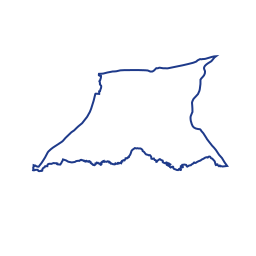 the district of Na Tan, Ubon Ratchathani, Thailand, rotated 347°
{"feature_id": "78962969B76550243021032", "entity_name": "Na Tan", "entity_type": "district", "adm_level": 2, "iso_a3": "THA", "parent_name": "Thailand", "parent_adm1": "Ubon Ratchathani", "projection": "orthographic", "projection_center": [105.251, 15.929], "detail": "fine", "context": "isolated", "style": "outline", "palette": "blue", "viewbox_px": 256, "rotation_deg": 347, "n_neighbors": 0, "source": "geoboundaries", "source_scale": "gbopen_adm2", "svg_char_len": 5845}
<svg xmlns="http://www.w3.org/2000/svg" viewBox="0 0 256 256"><g transform="rotate(347 128 128)"><path d="M122.1,156.6L122.5,156.4L122.8,155.6L123.7,154.9L124.2,154.4L125.1,153.1L126.2,151.2L127.3,150.3L130.2,149.1L131.5,149.8L132.6,149.8L133.6,150.3L135.4,150.7L135.9,151.0L137.0,152.3L137.1,152.6L137.1,153.8L138.0,154.6L138.6,155.6L139.0,156.7L139.8,157.9L141.3,158.6L142.1,159.3L143.1,159.3L143.4,159.5L144.1,161.1L143.9,163.1L144.3,163.4L144.8,163.6L146.0,163.5L146.3,163.5L146.8,165.2L147.6,165.5L147.9,165.9L148.0,167.4L148.5,167.4L149.5,166.4L150.8,166.0L151.4,165.6L151.9,165.5L152.3,165.7L153.2,166.8L154.4,167.5L154.5,168.2L154.2,169.0L154.5,169.5L156.0,170.6L156.7,170.6L157.5,170.2L157.9,170.3L158.1,170.5L158.3,170.8L158.2,171.1L157.4,172.0L157.4,172.4L157.6,172.8L157.9,173.0L158.2,172.9L159.0,171.9L159.6,171.5L159.9,171.7L160.1,172.2L160.9,172.8L161.1,173.0L160.9,173.2L160.6,173.4L159.4,173.4L159.1,173.5L159.0,174.0L159.8,174.4L160.1,175.4L160.7,176.1L162.1,175.7L162.8,175.7L163.1,175.8L163.3,176.2L163.1,176.9L163.2,177.4L163.5,178.0L163.8,178.3L165.1,179.1L166.0,179.8L167.3,180.3L167.9,180.0L168.3,179.5L168.8,179.4L169.2,179.7L169.5,180.7L169.8,180.8L170.0,180.8L170.2,180.6L170.3,180.2L170.0,179.4L169.9,179.0L170.6,178.3L170.9,177.1L171.3,177.0L171.6,177.3L171.7,177.7L171.5,178.4L171.6,178.5L172.4,178.6L172.7,178.4L172.5,176.4L172.6,176.1L174.7,176.3L176.3,177.0L176.5,177.3L176.5,178.1L176.9,178.9L177.1,179.0L179.0,178.3L180.9,178.4L181.8,177.8L183.3,177.4L184.5,176.5L184.8,176.5L185.3,177.1L186.1,177.2L188.0,176.5L190.1,176.1L191.3,176.0L192.8,175.3L194.8,174.9L195.7,174.5L196.8,174.2L198.4,174.2L198.9,174.7L199.2,174.7L200.1,174.1L200.8,174.1L201.3,174.3L201.6,174.6L202.1,176.0L202.5,176.4L203.0,176.6L203.5,177.3L204.9,179.8L205.0,180.2L205.1,183.2L205.3,183.9L205.7,183.9L206.4,183.4L206.7,183.4L206.9,183.5L206.9,184.3L207.3,184.6L208.0,185.6L208.9,185.2L209.1,185.3L209.1,185.9L209.3,186.1L210.4,186.2L211.5,186.8L216.1,187.3L214.4,183.3L212.8,178.4L210.7,174.6L208.7,169.2L207.3,166.4L206.0,164.2L203.7,159.3L202.4,156.4L202.2,155.6L200.2,150.0L198.8,147.4L198.4,146.2L198.1,145.7L197.8,145.4L195.9,144.7L193.9,143.7L192.4,142.4L191.5,140.9L191.0,138.6L190.9,136.8L190.8,135.3L190.9,134.0L191.2,132.1L191.7,130.7L193.9,127.5L194.4,126.9L195.1,123.7L195.7,120.1L196.0,118.0L196.2,117.4L196.8,116.4L197.7,115.2L198.5,114.3L203.8,110.7L205.9,107.9L206.7,106.3L208.5,101.4L209.5,97.2L210.6,96.2L212.5,94.9L213.9,93.8L215.1,92.2L215.7,90.5L215.8,89.9L215.5,87.9L215.5,86.7L216.0,85.8L217.0,84.7L218.7,83.7L220.6,82.9L223.9,81.8L224.8,81.3L228.1,78.7L229.9,77.9L228.0,77.6L225.7,77.6L219.2,78.0L217.7,77.9L216.1,77.6L215.2,77.6L213.7,77.1L211.2,77.7L210.5,78.0L209.8,78.5L209.0,78.7L207.7,78.9L205.9,79.1L200.7,79.2L195.3,79.2L180.1,78.8L175.4,77.6L172.5,76.4L172.0,76.3L170.5,76.5L169.0,76.1L166.5,77.7L165.6,78.1L164.6,78.4L164.2,78.4L162.4,78.0L160.2,76.4L157.7,75.6L150.8,73.8L137.5,70.8L133.5,70.1L129.4,70.1L127.3,69.8L126.0,69.5L120.3,69.3L116.2,69.4L114.7,69.2L111.9,68.7L111.6,69.4L111.5,70.1L112.0,70.4L112.5,71.0L113.4,71.2L113.4,71.4L112.9,72.9L111.5,75.4L111.1,75.4L110.6,76.1L110.8,76.8L110.8,78.2L110.5,78.7L110.5,79.1L110.8,79.9L111.3,80.7L111.3,81.1L111.2,81.7L110.7,83.0L109.9,84.1L109.0,85.8L108.1,85.8L107.9,87.3L107.6,88.3L104.7,87.4L104.1,87.3L103.8,87.5L100.6,93.8L96.5,100.8L94.5,103.7L90.7,107.9L84.4,113.0L80.0,115.2L77.9,116.4L75.0,118.2L71.9,119.4L65.0,123.5L61.7,125.9L60.3,126.6L50.5,130.2L48.1,131.3L45.3,132.9L44.4,133.6L40.6,138.0L37.8,140.8L35.7,142.8L32.2,145.6L31.6,145.5L30.1,144.7L29.2,143.7L28.8,143.7L28.0,143.2L28.0,143.4L27.7,143.4L27.8,143.8L27.6,144.1L27.7,144.3L27.2,144.5L26.8,145.0L26.7,145.5L26.8,146.0L26.7,146.4L26.4,146.7L26.3,147.5L26.1,147.8L26.8,148.1L28.7,148.0L30.6,148.4L30.8,149.2L31.3,149.9L32.4,150.2L32.9,150.1L34.1,150.4L34.3,150.0L34.9,150.1L35.4,148.8L36.4,147.9L37.4,147.5L37.8,147.6L38.7,146.6L40.8,147.1L41.2,146.0L41.7,145.4L43.1,145.1L45.3,145.7L47.5,145.4L49.2,146.0L50.1,146.1L51.1,146.6L50.8,147.3L51.0,147.5L53.7,148.4L54.0,148.3L54.4,147.7L55.3,147.0L56.0,146.0L56.8,145.3L57.6,144.0L60.3,145.6L62.2,147.4L65.0,148.7L65.6,148.9L68.1,149.1L69.1,149.0L70.1,148.6L71.6,148.7L72.0,148.8L72.4,148.8L73.2,149.1L74.0,148.7L74.4,148.7L74.6,148.5L75.0,148.7L75.5,148.6L75.9,149.0L76.6,149.2L77.4,150.1L78.1,150.3L78.5,150.8L78.6,150.7L78.6,150.3L79.0,150.5L78.9,150.8L79.4,151.2L79.7,151.2L79.9,150.8L80.1,150.7L80.3,151.0L80.7,151.1L80.8,151.3L81.3,151.4L81.6,151.9L82.1,152.1L82.3,152.1L82.6,151.5L82.8,151.5L83.2,151.9L83.2,152.1L83.5,152.3L83.6,152.8L83.9,153.0L83.7,153.3L83.7,153.7L84.3,154.3L84.6,154.4L84.7,154.8L85.0,155.0L85.1,155.3L85.5,155.6L85.5,155.8L85.8,155.9L85.9,156.2L86.9,156.7L87.9,156.3L88.2,156.0L88.4,155.7L88.2,155.4L88.3,155.2L89.1,155.4L89.5,154.9L89.8,155.3L90.1,155.3L90.4,155.0L90.6,155.0L90.9,155.1L91.3,155.9L92.1,156.1L92.2,156.5L92.7,157.0L93.0,157.7L93.2,157.8L93.8,157.5L94.1,157.2L94.1,156.8L94.0,156.7L93.7,156.7L93.6,156.4L93.8,156.0L94.3,155.6L94.8,155.7L95.1,155.4L95.4,155.4L95.4,155.0L95.6,154.9L95.9,155.0L96.3,154.8L96.4,155.0L97.0,154.8L97.0,155.5L97.5,155.7L97.9,155.5L98.2,155.6L98.7,155.7L99.3,156.1L100.7,155.9L100.8,156.2L101.2,156.4L101.9,156.4L102.4,156.9L102.1,157.5L102.9,157.9L103.2,158.8L103.6,158.9L103.9,158.8L104.4,159.4L105.1,159.7L105.4,160.0L106.1,160.1L106.7,160.4L107.0,160.2L107.6,160.4L107.8,160.3L108.0,159.7L109.1,160.4L109.6,160.5L110.2,160.6L110.4,160.5L110.6,160.1L110.6,159.8L111.2,159.9L111.9,160.5L112.5,160.3L112.8,160.5L113.3,160.5L113.5,160.7L113.8,160.2L113.8,159.5L114.2,159.2L114.7,159.3L114.7,158.9L114.8,158.7L115.6,158.7L116.0,158.4L116.7,158.5L117.3,158.8L117.5,158.6L117.5,158.2L118.0,158.1L118.7,157.6L118.9,157.0L119.4,157.2L120.1,157.0L120.6,157.3L121.0,157.1L121.4,156.5L121.7,156.5L122.1,156.6Z" fill="none" stroke="#1e3a8a" stroke-width="2"/></g></svg>